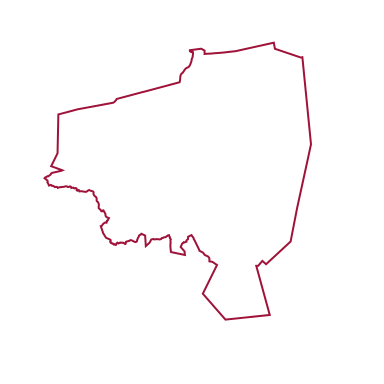 Santiago Laollaga, Oaxaca, Mexico (Mercator projection), rotated 256°
{"feature_id": "50627088B88558586177583", "entity_name": "Santiago Laollaga", "entity_type": "district", "adm_level": 2, "iso_a3": "MEX", "parent_name": "Mexico", "parent_adm1": "Oaxaca", "projection": "mercator", "projection_center": [-95.271, 16.634], "detail": "fine", "context": "isolated", "style": "outline", "palette": "rose", "viewbox_px": 384, "rotation_deg": 256, "n_neighbors": 0, "source": "geoboundaries", "source_scale": "gbopen_adm2", "svg_char_len": 4096}
<svg xmlns="http://www.w3.org/2000/svg" viewBox="0 0 384 384"><g transform="rotate(256 192 192)"><path d="M251.1,61.6L244.4,71.5L244.2,70.3L244.4,60.8L244.0,59.7L243.3,59.2L242.8,58.3L242.5,57.4L242.0,56.5L242.3,55.7L241.9,54.6L241.7,53.8L241.6,53.0L241.1,52.3L239.8,53.3L238.8,53.9L238.0,54.6L236.8,54.4L236.3,54.0L235.6,54.3L234.3,54.6L233.7,54.8L233.0,54.7L232.8,55.5L233.0,56.8L232.6,57.3L231.8,57.7L231.7,58.4L231.2,59.2L230.5,59.7L230.0,60.0L230.0,60.6L229.7,61.4L229.7,62.1L229.0,62.6L228.4,62.8L228.6,64.0L228.7,65.1L228.4,65.8L228.3,67.4L228.0,69.0L228.1,70.2L228.0,71.1L227.6,72.2L226.9,72.7L226.7,73.8L227.0,75.0L226.3,75.8L225.1,75.9L225.0,77.8L224.0,78.6L224.1,79.7L223.6,80.6L222.7,80.9L221.7,80.5L221.0,81.1L221.3,82.0L221.3,82.6L220.4,82.7L219.8,82.9L219.7,83.7L219.6,84.7L218.1,88.2L217.8,89.4L218.1,90.5L218.5,91.3L218.8,92.6L217.8,93.9L216.5,96.1L215.7,96.4L214.6,96.2L213.7,95.9L212.5,96.2L211.5,96.7L210.2,97.7L209.0,98.0L207.7,97.6L206.8,97.4L206.0,97.5L205.1,98.2L203.7,98.6L201.9,98.5L200.1,97.8L198.8,97.6L197.6,98.4L196.5,99.1L195.4,99.3L195.0,100.0L195.0,100.5L195.6,100.9L195.6,101.6L194.7,101.9L193.7,102.2L192.7,102.4L191.6,102.7L190.5,102.4L189.1,102.5L188.0,103.4L186.8,105.1L186.1,104.4L184.7,103.2L184.7,102.6L183.9,102.3L182.9,101.6L183.5,100.8L183.0,99.1L182.7,98.3L182.0,97.4L181.1,96.4L180.9,95.2L174.7,95.8L174.0,95.7L168.4,97.5L165.4,101.3L164.7,101.1L164.2,101.3L163.6,100.6L163.2,100.6L162.9,100.9L162.3,100.9L161.9,101.4L161.8,101.9L161.0,102.3L160.9,103.2L160.7,103.5L159.8,103.7L159.9,104.1L159.7,104.6L159.5,105.0L159.2,105.1L159.1,105.5L159.8,106.1L160.3,106.2L160.9,107.3L160.5,107.8L159.9,108.2L159.9,108.8L160.2,109.6L160.3,110.2L159.9,110.6L159.9,111.7L159.6,112.0L159.6,112.5L159.2,113.3L158.8,113.5L158.2,114.2L157.7,114.5L157.7,114.9L158.4,115.4L159.3,115.6L159.6,115.8L159.8,116.6L159.7,117.5L159.8,118.4L159.8,119.5L160.1,120.2L160.2,120.7L159.8,121.5L159.4,122.2L158.6,123.0L158.3,123.4L157.4,124.4L157.1,125.2L157.2,126.1L157.7,126.8L158.8,127.2L159.5,127.8L160.4,128.3L161.3,129.3L161.8,129.7L162.5,130.0L162.9,130.8L163.1,131.5L163.1,132.3L163.7,132.8L161.1,136.0L150.7,134.1L153.1,138.6L155.8,141.0L155.7,143.3L155.1,143.9L154.9,145.9L154.7,146.6L154.5,147.4L154.4,147.8L153.9,148.7L153.8,149.8L153.9,150.8L154.6,151.5L154.4,152.6L154.7,153.2L154.8,153.9L154.7,154.4L154.6,154.9L154.6,155.4L154.7,155.9L155.1,156.4L155.3,157.3L155.6,157.7L155.7,158.1L155.7,158.6L155.6,159.3L155.2,159.3L154.6,159.3L154.1,159.3L153.8,159.5L153.0,159.6L152.4,159.4L151.9,159.7L151.2,160.0L150.5,159.6L149.6,159.2L148.9,159.1L147.8,159.0L147.3,158.6L146.8,158.5L145.7,158.3L145.0,157.9L143.9,157.8L141.7,157.4L140.8,157.4L139.9,157.1L138.8,157.1L132.6,169.9L136.2,170.4L141.4,167.7L142.6,168.7L143.5,169.4L144.0,169.7L144.4,170.0L144.6,170.6L144.7,171.2L145.3,171.8L144.8,172.7L145.1,173.5L145.1,174.6L146.2,174.8L146.8,175.7L147.1,176.6L148.5,177.1L149.4,177.3L149.7,178.4L150.0,179.1L150.1,180.3L150.3,181.1L149.7,181.3L148.4,181.7L147.2,182.4L145.7,182.3L144.6,182.8L134.1,185.0L133.2,185.0L131.6,186.8L131.1,187.4L130.1,188.3L128.5,188.8L127.9,189.1L125.3,192.2L123.3,192.8L120.5,192.1L119.3,194.9L115.1,198.6L104.5,189.6L90.7,177.9L65.3,190.9L60.1,193.6L53.9,237.7L104.8,236.5L104.4,238.4L108.1,243.6L104.0,246.4L120.1,275.7L151.2,290.2L192.6,310.7L209.5,319.0L296.1,331.7L296.1,330.2L310.9,307.1L317.1,307.5L318.1,268.3L319.3,259.6L319.5,257.6L319.8,255.6L320.2,253.1L320.6,250.9L320.6,250.6L321.0,248.7L321.2,247.2L321.3,246.7L321.5,245.2L321.7,244.1L322.2,241.5L322.6,239.6L322.9,237.6L323.7,237.8L326.2,238.4L328.8,235.6L330.1,224.2L329.8,224.1L329.2,224.1L328.4,224.5L327.8,225.5L328.3,226.4L327.8,226.7L326.6,226.7L324.0,225.7L322.6,225.1L320.9,223.8L319.2,223.2L317.5,222.1L316.7,221.5L315.3,220.5L314.8,219.8L314.6,219.6L314.0,218.8L313.9,217.9L313.7,216.9L313.2,215.6L312.2,214.3L310.5,212.5L309.9,211.7L309.4,210.5L308.6,209.6L307.3,208.8L305.9,208.3L303.8,207.6L302.6,207.1L301.5,206.5L300.5,141.4L299.5,140.5L298.0,138.2L297.7,137.1L299.9,101.3L299.6,81.1L262.1,70.9L251.1,61.6Z" fill="none" stroke="#9f1239" stroke-width="2"/></g></svg>